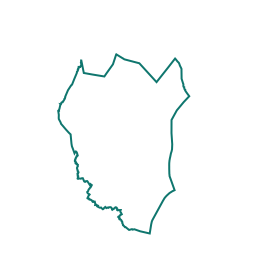 the district of Stange nor, Hedmark, Norway, rotated 214°
{"feature_id": "86288312B89753737771336", "entity_name": "Stange nor", "entity_type": "district", "adm_level": 2, "iso_a3": "NOR", "parent_name": "Norway", "parent_adm1": "Hedmark", "projection": "orthographic", "projection_center": [11.491, 60.626], "detail": "fine", "context": "isolated", "style": "outline", "palette": "teal", "viewbox_px": 256, "rotation_deg": 214, "n_neighbors": 0, "source": "geoboundaries", "source_scale": "gbopen_adm2", "svg_char_len": 5329}
<svg xmlns="http://www.w3.org/2000/svg" viewBox="0 0 256 256"><g transform="rotate(214 128 128)"><path d="M104.7,46.7L103.4,46.6L103.3,46.8L103.3,47.1L103.1,47.3L103.1,48.1L102.7,49.8L101.2,49.5L100.8,50.3L100.0,50.6L100.1,50.8L100.0,51.1L98.9,52.0L98.5,52.2L98.5,52.4L97.9,52.7L96.5,52.4L96.2,52.2L95.6,51.4L95.4,51.4L95.4,51.7L94.6,52.7L94.6,53.0L94.6,53.3L94.5,53.6L94.5,53.8L94.4,53.9L94.3,54.4L94.1,55.2L93.7,55.5L93.0,55.6L92.6,55.5L92.3,54.9L92.0,54.6L91.9,54.6L91.6,54.8L91.4,54.8L91.2,54.4L90.8,54.1L90.8,53.9L90.6,53.9L90.2,54.2L90.1,54.4L89.5,55.0L88.2,55.9L88.0,55.2L87.8,54.7L87.6,54.3L87.2,54.1L86.3,53.8L84.9,53.0L85.1,52.6L85.4,52.2L85.7,51.9L85.8,51.8L85.5,51.2L86.1,49.6L86.3,49.4L86.4,49.2L86.4,48.8L86.2,48.8L85.8,49.0L85.5,49.0L85.4,48.9L84.6,48.7L84.4,48.6L84.4,48.4L84.5,48.2L84.6,47.8L83.9,47.5L83.6,47.6L83.0,47.9L82.6,48.0L81.4,47.6L81.3,47.4L81.2,47.1L80.9,47.0L80.3,47.0L80.0,46.8L79.8,46.5L79.8,46.3L79.4,45.8L78.1,45.2L78.0,44.8L77.8,44.6L76.4,44.5L75.1,44.1L74.7,44.5L70.1,44.1L68.1,46.4L67.9,46.4L67.4,46.3L66.1,47.6L60.1,49.2L51.0,52.7L54.9,61.1L56.0,63.9L56.3,65.5L58.3,87.0L58.5,90.3L58.3,92.3L58.0,94.0L57.2,97.3L55.8,100.5L54.6,102.5L66.7,111.4L67.4,112.4L68.0,113.0L71.2,117.5L72.2,119.0L72.9,120.0L74.2,122.0L75.5,124.4L75.9,125.4L76.2,126.0L76.9,127.8L77.9,130.2L78.2,130.9L78.8,133.0L79.6,135.0L81.9,138.7L82.2,139.2L89.1,148.1L96.4,159.0L97.4,169.9L96.3,180.7L95.0,188.6L98.7,189.9L101.2,190.9L101.3,191.0L101.7,191.3L101.9,191.6L102.1,191.5L102.3,191.7L102.6,191.7L102.9,191.9L103.0,191.9L104.0,192.8L104.2,193.3L104.3,193.3L105.1,193.3L105.5,193.7L106.1,194.5L106.5,195.2L106.7,195.4L107.1,195.6L111.1,198.8L112.0,200.1L115.9,205.7L116.7,206.9L117.3,207.3L119.6,208.6L120.2,209.0L121.2,209.8L122.4,210.5L124.1,210.8L126.9,211.7L127.8,211.9L128.6,200.2L130.0,182.0L154.8,188.0L169.4,182.9L178.9,182.5L178.9,182.3L176.1,172.4L176.4,161.1L176.4,157.5L187.5,152.4L195.4,148.9L205.0,158.4L204.9,158.1L204.6,157.8L204.2,157.1L204.0,156.8L203.8,156.6L203.8,156.4L203.6,155.8L203.2,155.6L203.0,155.4L202.7,155.0L202.2,154.6L202.0,154.3L202.0,153.8L201.9,153.5L201.8,153.4L201.8,152.6L201.9,152.2L201.8,151.9L202.6,151.5L202.7,151.3L202.8,151.2L203.1,151.0L203.0,150.8L202.8,150.5L202.4,150.5L202.4,150.2L202.6,149.9L202.6,149.7L202.5,149.0L202.1,148.9L202.0,148.4L202.1,148.1L201.8,147.9L201.7,147.4L201.6,147.1L201.8,146.3L201.6,146.1L201.6,145.9L201.6,145.7L201.2,145.0L199.9,138.4L198.8,133.4L198.8,133.2L198.7,133.0L198.7,132.6L198.8,132.3L198.8,131.9L198.8,131.7L199.0,131.5L198.9,126.6L198.9,125.8L197.6,119.1L197.5,118.7L197.3,118.6L197.3,118.3L197.0,117.6L196.8,117.2L196.8,116.9L197.0,116.4L196.8,116.2L196.7,116.1L196.7,115.7L196.7,115.4L196.6,114.8L196.7,114.5L196.7,114.3L196.7,114.2L196.8,113.7L196.6,113.6L196.6,113.3L196.6,113.2L196.6,112.8L196.8,112.6L197.3,112.1L197.4,111.8L197.3,111.7L197.1,111.0L196.9,110.4L196.9,110.0L196.9,109.9L197.2,109.8L197.0,109.7L197.0,109.4L196.9,109.1L196.9,108.9L196.8,108.7L195.5,105.4L195.5,104.9L195.3,104.5L195.3,104.4L194.8,103.7L195.1,103.5L195.4,103.5L195.5,103.4L195.5,103.2L194.6,102.3L192.7,100.2L191.0,97.5L190.3,96.7L186.9,94.9L186.7,94.7L185.8,94.0L185.3,93.9L178.5,92.0L174.4,91.0L172.0,90.6L166.1,83.4L164.3,81.5L162.0,79.9L158.2,77.1L158.3,78.2L158.3,78.9L158.3,79.3L158.2,79.4L157.4,79.3L157.3,78.9L156.9,78.8L156.3,78.8L155.8,78.4L155.6,78.1L155.5,77.9L154.9,77.6L154.5,77.3L154.3,77.1L154.4,76.7L154.7,76.5L154.8,76.3L154.5,76.1L154.6,75.9L154.6,75.6L154.7,75.3L154.5,75.1L154.5,74.9L154.6,74.3L154.6,74.1L154.5,73.9L154.4,73.8L154.5,73.6L154.5,73.4L154.3,73.1L154.2,73.0L154.1,72.8L154.2,72.4L154.0,72.2L154.0,71.7L153.7,71.0L153.5,70.9L153.3,71.0L153.0,71.0L153.0,70.9L153.0,70.7L152.6,70.7L152.4,70.5L152.4,70.2L152.0,69.7L151.9,69.8L151.9,70.0L151.6,70.2L151.2,69.8L151.0,69.4L150.7,69.5L150.3,69.8L150.2,69.7L150.0,69.3L149.7,69.3L149.3,69.4L149.3,69.1L149.2,69.0L148.9,68.9L148.7,68.9L148.5,68.5L148.3,68.4L148.3,68.2L148.2,68.0L148.3,67.8L148.2,67.4L148.1,66.8L148.1,66.7L147.8,66.5L147.7,66.3L147.6,66.1L147.6,65.9L147.3,65.7L146.8,65.2L146.5,65.1L146.1,64.9L146.1,64.6L145.9,64.3L145.6,64.3L145.4,64.1L145.1,63.9L144.3,63.7L144.2,63.3L144.2,63.1L144.2,62.8L144.1,62.4L144.4,62.2L144.3,61.8L143.9,61.8L143.9,61.6L143.6,61.2L143.3,60.6L143.1,60.4L142.7,60.4L142.6,60.1L142.3,60.2L142.2,60.1L142.0,59.7L142.0,59.3L141.9,59.0L141.7,58.8L141.7,58.4L141.6,58.2L141.5,57.9L141.0,57.9L140.9,58.0L141.0,58.3L141.0,58.6L140.7,58.6L140.3,58.8L139.8,59.1L138.7,59.6L138.6,60.0L138.2,60.5L137.4,61.1L135.0,59.6L134.6,59.3L134.3,59.2L133.5,59.3L133.2,59.6L133.1,59.9L133.1,60.5L132.0,61.2L127.8,59.4L127.9,60.2L127.9,60.5L126.1,60.4L126.0,58.5L125.9,58.5L125.9,58.3L125.8,57.7L126.1,56.9L126.1,56.3L126.0,56.0L126.2,55.6L126.2,54.7L125.8,53.5L125.9,52.7L126.0,52.1L125.7,52.0L125.2,51.5L124.2,51.3L123.0,51.5L122.6,51.4L122.8,49.7L122.4,47.1L122.1,47.0L121.8,47.1L121.6,47.3L121.3,47.5L120.9,47.7L120.7,47.6L120.3,47.1L120.0,47.2L119.7,47.2L119.5,47.5L119.1,47.7L118.4,47.6L117.9,47.8L116.6,47.4L116.5,47.2L115.9,47.0L115.7,47.1L115.7,47.4L115.6,47.9L115.0,47.8L114.7,48.2L114.4,48.4L112.7,46.8L112.4,46.4L112.2,45.9L111.9,46.2L111.7,46.6L111.0,46.3L111.0,46.6L109.5,46.8L109.5,46.6L109.4,46.3L109.4,46.2L109.5,45.9L109.4,45.8L107.0,46.1L106.3,46.5L105.9,47.0L104.7,46.7Z" fill="none" stroke="#0f766e" stroke-width="2"/></g></svg>